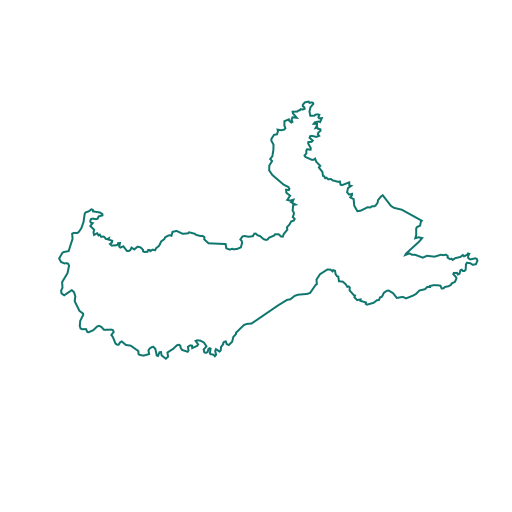 outline of Lages, Santa Catarina, Brazil, rotated 59°
{"feature_id": "56859067B78691306233134", "entity_name": "Lages", "entity_type": "district", "adm_level": 2, "iso_a3": "BRA", "parent_name": "Brazil", "parent_adm1": "Santa Catarina", "projection": "natural_earth1", "projection_center": [-50.368, -28.001], "detail": "fine", "context": "isolated", "style": "outline", "palette": "teal", "viewbox_px": 512, "rotation_deg": 59, "n_neighbors": 0, "source": "geoboundaries", "source_scale": "gbopen_adm2", "svg_char_len": 6121}
<svg xmlns="http://www.w3.org/2000/svg" viewBox="0 0 512 512"><g transform="rotate(59 256 256)"><path d="M380.7,99.0L378.7,96.0L377.6,95.4L373.1,96.2L372.4,95.2L374.0,92.4L375.8,92.5L376.1,90.8L373.5,88.1L373.7,86.7L375.4,86.4L376.2,85.0L375.7,83.3L371.4,80.4L370.4,78.7L372.5,76.1L375.2,74.7L376.3,71.8L374.2,68.7L372.0,68.3L370.9,69.3L369.3,74.1L368.4,74.7L366.8,75.1L365.2,74.1L364.0,72.1L363.0,72.9L363.7,74.4L363.4,77.9L361.7,78.2L362.1,81.3L360.5,86.2L360.6,89.5L359.1,89.7L358.6,91.3L356.1,92.6L354.8,91.7L352.7,92.5L351.8,95.0L350.2,96.8L348.5,103.4L343.9,109.3L343.3,113.9L337.0,118.9L335.2,121.7L332.8,123.1L332.0,127.5L331.2,126.1L327.7,108.8L326.2,104.4L323.6,107.1L322.8,110.3L320.7,108.0L314.9,104.5L314.1,103.2L314.5,99.7L311.7,97.2L311.2,95.7L291.4,107.2L285.8,112.9L282.7,114.5L269.2,116.1L269.4,118.4L271.1,122.8L272.9,124.2L274.3,127.4L274.4,128.8L273.1,131.1L273.3,133.1L271.7,135.2L271.1,142.8L269.8,146.0L263.5,145.9L257.5,143.0L254.3,145.0L253.3,142.4L252.2,141.7L251.3,144.6L248.3,145.1L245.2,142.2L244.9,138.4L243.7,139.7L240.9,138.2L239.6,145.7L238.5,146.8L235.4,145.7L234.8,147.3L230.7,151.3L228.5,152.2L227.5,154.6L225.2,155.2L225.0,156.6L222.9,156.5L221.8,157.3L218.2,155.8L212.5,156.5L211.8,154.5L206.4,155.8L203.0,155.2L203.2,157.0L202.3,158.6L196.6,162.6L194.9,162.7L194.0,160.0L191.6,158.6L190.8,157.3L193.0,154.5L191.8,153.5L186.4,153.3L185.3,152.4L186.8,149.5L186.3,147.9L182.3,149.2L181.2,147.9L181.8,146.3L185.0,142.9L185.5,140.0L183.3,140.2L182.3,138.9L181.9,136.3L180.6,135.5L178.7,137.5L177.5,137.2L177.0,139.0L175.6,136.6L174.2,135.7L172.4,138.5L171.7,136.8L172.9,133.2L174.2,132.1L171.7,128.6L170.6,130.9L169.3,131.1L167.6,129.0L166.2,130.4L165.5,132.2L165.8,133.7L163.8,137.2L159.6,135.7L156.6,132.8L155.1,128.5L154.0,128.3L153.0,129.2L152.3,131.3L150.8,131.3L149.5,134.9L150.4,137.9L151.8,138.8L153.3,138.0L154.9,138.5L154.5,140.6L153.1,142.1L153.7,143.5L153.1,144.8L153.5,146.1L151.2,150.3L152.7,150.9L158.5,149.9L155.9,153.3L157.6,155.4L159.8,155.7L159.8,157.0L157.0,157.9L155.8,157.5L155.1,162.2L158.8,164.5L161.6,165.0L162.2,166.6L161.2,169.6L158.8,172.4L160.5,173.0L162.5,175.5L161.4,178.1L163.6,182.6L165.3,183.5L169.5,183.6L173.8,186.3L178.9,190.6L180.2,193.9L182.9,193.3L185.3,198.0L189.4,200.6L194.9,200.3L209.0,195.6L213.6,192.7L215.7,192.8L216.4,193.9L214.7,196.1L217.4,197.4L221.9,195.7L224.0,200.3L226.1,198.3L227.0,194.9L228.0,196.2L228.2,198.1L232.2,195.7L231.4,197.8L235.9,201.2L238.3,201.2L239.7,202.1L241.5,204.4L244.2,203.8L245.1,205.3L244.5,208.0L246.3,211.2L247.3,214.7L249.6,215.6L251.4,220.8L253.2,223.1L252.2,224.5L249.2,225.3L247.2,228.4L247.8,230.2L247.0,235.3L247.8,237.6L247.5,239.0L245.5,240.8L241.1,242.2L239.0,244.0L236.6,244.7L236.0,246.0L237.4,248.5L235.7,252.4L232.8,255.8L232.3,257.6L233.8,260.9L235.6,260.5L237.5,261.1L240.8,264.5L240.2,268.5L238.7,271.9L237.6,272.6L237.0,275.2L234.1,277.5L230.1,275.9L220.7,290.1L215.1,291.8L213.3,290.5L211.2,291.5L210.4,293.2L207.1,296.4L205.3,297.1L201.2,301.2L201.6,302.6L199.2,307.4L193.6,311.2L192.3,315.1L195.1,318.1L193.9,319.0L193.3,320.7L193.2,324.3L194.3,325.9L194.7,329.8L197.3,333.7L197.9,337.7L199.1,339.5L197.3,341.4L197.4,344.1L196.2,344.0L195.3,345.3L196.5,346.9L195.1,349.5L193.9,350.4L192.4,349.7L189.2,350.5L187.0,352.7L187.7,356.9L184.7,358.4L186.2,360.6L186.2,362.3L185.3,364.0L179.4,364.7L178.9,368.0L177.5,368.4L174.8,365.9L174.0,367.7L175.1,368.7L174.8,370.4L172.7,374.4L170.5,375.0L170.3,372.7L168.9,371.4L165.9,374.0L165.0,373.0L164.9,374.9L164.1,375.9L161.6,376.2L160.5,377.1L159.8,378.9L157.2,378.9L157.2,380.4L154.7,380.4L154.5,384.0L152.0,383.1L150.1,381.2L145.0,382.6L143.7,379.1L142.7,380.2L141.3,380.4L140.2,379.6L139.4,378.5L139.7,376.9L142.1,374.1L142.4,372.4L141.0,370.5L142.1,366.7L140.9,366.1L138.3,367.4L133.8,372.7L132.5,372.1L131.2,373.0L131.6,376.1L130.9,379.6L131.5,381.0L138.1,386.4L142.3,391.5L144.1,395.5L144.3,397.2L142.3,400.4L142.2,402.1L146.8,404.4L155.3,414.1L153.6,418.7L153.6,420.4L156.7,426.0L160.7,426.2L163.6,424.1L164.8,421.8L166.0,421.0L168.0,421.2L173.6,426.4L178.5,435.6L183.6,438.3L185.2,440.8L187.9,442.0L190.9,440.7L190.4,431.5L193.3,430.6L197.6,431.7L201.4,434.7L212.1,435.6L216.3,433.9L217.5,434.5L221.1,440.1L225.2,443.1L227.8,443.7L229.2,442.8L231.1,439.4L234.3,439.7L235.1,438.9L235.8,433.9L234.6,428.4L235.0,426.6L237.0,425.1L241.0,424.3L244.8,417.6L246.1,416.8L247.8,417.1L249.2,420.7L251.4,420.4L258.7,421.5L260.4,420.8L261.3,419.5L260.0,416.9L260.1,415.1L265.3,413.3L268.3,409.6L276.9,405.8L279.5,407.2L280.7,406.8L283.5,403.7L285.0,398.1L281.8,397.0L280.6,395.1L280.4,392.5L280.9,390.8L283.7,390.1L290.1,392.3L291.2,391.5L288.8,388.3L289.4,386.9L292.6,388.1L297.6,386.2L297.0,383.2L293.1,381.6L292.9,374.7L291.8,369.7L292.5,367.6L294.1,367.1L295.5,367.8L298.4,367.8L302.9,363.9L302.2,362.5L298.8,361.1L298.7,359.7L298.8,358.3L299.9,357.0L302.1,358.1L302.7,352.6L302.0,351.1L297.7,351.5L298.0,349.8L299.9,347.3L303.3,345.2L307.9,345.0L309.3,349.1L312.0,349.9L313.3,348.7L313.3,346.9L311.2,344.6L311.1,343.3L312.0,342.6L315.5,345.6L316.6,345.6L318.8,343.2L320.7,342.9L320.1,341.1L316.4,339.9L315.2,338.3L319.1,336.5L318.8,335.0L315.8,332.6L314.8,329.7L313.6,328.8L313.2,327.5L313.6,325.9L316.4,326.5L318.3,325.2L317.2,320.6L313.7,317.1L312.6,313.4L311.5,312.7L308.9,301.8L309.6,298.6L311.6,294.6L309.7,262.3L309.6,251.9L310.8,249.0L310.1,243.3L310.9,239.7L314.8,231.8L315.5,228.6L311.5,219.8L311.5,218.4L307.4,216.3L304.6,210.6L304.3,201.9L306.0,199.2L308.6,198.3L307.9,197.0L309.4,195.9L312.5,197.1L314.9,197.0L316.0,196.1L320.4,197.9L322.7,194.8L326.6,193.6L329.5,193.6L329.8,192.2L331.2,191.8L333.7,193.5L339.9,192.3L340.9,191.5L342.0,192.9L345.9,192.0L347.1,188.7L348.2,189.6L352.5,185.7L353.5,186.6L354.9,185.9L356.7,179.3L356.2,175.1L357.1,173.4L355.3,170.8L355.8,169.6L355.1,167.9L353.4,165.4L353.2,161.9L353.8,160.2L358.3,157.7L364.5,156.9L366.6,151.3L369.6,149.2L370.9,141.3L370.9,138.2L369.7,133.7L371.5,128.3L370.7,125.1L372.2,122.9L371.3,122.4L372.5,118.7L374.5,115.6L376.4,113.2L379.5,113.6L380.3,112.0L379.8,110.2L381.1,106.4L381.1,103.5L380.2,102.4L380.7,99.0Z" fill="none" stroke="#0f766e" stroke-width="2"/></g></svg>